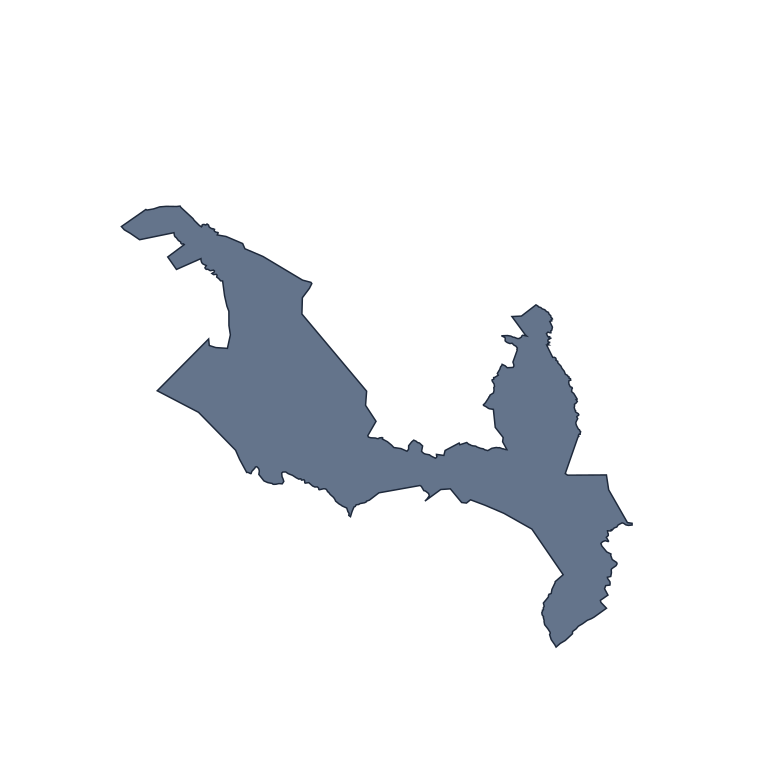 San Juan Bautista Cuicatlán, Oaxaca, Mexico, rotated 121°
{"feature_id": "50627088B27189344444752", "entity_name": "San Juan Bautista Cuicatlán", "entity_type": "district", "adm_level": 2, "iso_a3": "MEX", "parent_name": "Mexico", "parent_adm1": "Oaxaca", "projection": "equal_earth", "projection_center": [-96.99, 17.726], "detail": "fine", "context": "isolated", "style": "filled", "palette": "slate", "viewbox_px": 768, "rotation_deg": 121, "n_neighbors": 0, "source": "geoboundaries", "source_scale": "gbopen_adm2", "svg_char_len": 6126}
<svg xmlns="http://www.w3.org/2000/svg" viewBox="0 0 768 768"><g transform="rotate(121 384 384)"><path d="M495.0,93.2L491.6,92.7L487.4,90.4L481.8,88.0L478.5,85.5L475.7,83.9L461.6,77.8L459.5,85.6L458.0,87.1L449.6,83.3L445.9,89.5L442.6,90.1L440.0,86.8L438.8,87.3L437.2,88.4L435.5,92.2L434.6,93.0L432.2,90.5L428.7,91.8L426.1,93.6L424.9,93.6L420.2,91.5L418.1,91.6L417.2,92.6L416.9,98.0L414.1,101.4L412.8,101.9L413.2,106.6L410.7,113.8L408.9,116.0L406.6,115.4L404.4,113.7L403.6,110.7L403.0,110.6L400.9,114.5L398.4,113.7L396.9,114.6L396.5,115.4L394.7,116.8L393.3,114.1L392.7,113.7L391.9,114.2L391.3,113.5L391.6,113.2L388.7,112.5L386.7,110.8L384.2,110.7L380.4,108.4L380.0,106.7L380.2,104.1L379.3,101.6L377.1,98.7L375.6,99.6L377.4,104.0L359.0,136.9L347.4,146.5L367.6,179.7L367.4,182.5L329.6,190.4L328.6,190.0L328.0,190.9L326.8,191.0L326.1,190.0L325.5,190.5L325.1,190.4L323.5,191.0L323.5,191.6L322.6,192.9L322.6,194.1L320.4,197.7L319.0,199.2L318.2,199.7L316.3,200.0L313.9,200.1L312.9,201.9L312.5,202.0L310.6,201.1L310.1,201.1L309.4,202.1L309.3,205.3L309.0,205.8L308.2,206.0L307.9,207.0L306.1,208.9L304.7,209.3L303.3,210.3L301.7,209.6L299.4,209.3L298.4,211.3L297.8,210.6L297.4,210.7L294.4,216.4L293.9,219.3L291.2,220.5L290.8,220.3L290.3,220.7L290.1,221.3L290.4,222.9L288.9,225.3L287.3,226.6L285.8,227.1L284.6,225.9L283.4,226.9L283.7,228.3L282.6,229.1L282.8,230.0L282.1,231.2L282.2,233.6L280.2,236.1L278.9,239.6L277.5,241.6L276.3,246.0L275.1,246.7L275.1,248.9L274.1,249.2L273.3,250.3L273.4,251.8L274.3,253.1L266.8,264.7L265.6,262.9L265.6,264.2L265.2,264.5L263.3,263.3L262.9,263.5L263.4,264.8L262.7,265.8L261.6,266.1L258.8,264.6L258.7,264.8L259.7,265.4L259.6,266.4L258.2,266.5L259.0,268.0L257.2,270.7L255.1,270.2L254.6,268.0L254.1,267.3L252.5,268.4L251.5,267.9L248.5,268.9L245.0,274.1L243.4,272.7L242.6,273.8L241.5,273.1L241.1,273.7L240.8,275.3L239.6,276.2L239.1,278.5L237.9,280.0L238.2,282.0L237.5,284.5L238.1,287.1L237.7,288.9L238.3,291.4L237.9,292.1L237.9,294.5L255.0,301.2L260.3,309.1L269.0,288.4L269.4,286.5L270.7,290.2L271.5,290.6L273.1,290.4L275.5,291.7L276.4,293.3L276.8,296.3L277.4,297.4L277.6,299.9L278.8,303.0L282.2,308.2L281.9,304.4L282.3,303.7L284.6,302.4L284.9,301.2L285.0,299.7L284.5,296.9L283.1,295.2L283.8,292.4L283.6,290.6L284.5,288.2L285.8,288.0L286.2,287.3L298.8,284.8L300.5,282.8L301.7,281.9L303.3,281.9L306.6,286.8L306.0,289.4L306.3,292.9L307.6,292.6L309.1,292.9L311.9,292.3L316.6,292.3L317.6,290.6L321.3,292.5L322.0,293.3L323.3,292.4L324.9,293.5L325.7,292.8L327.3,289.6L329.2,288.0L330.4,288.1L332.8,286.4L335.3,285.6L338.9,287.4L340.5,287.1L341.0,287.4L342.2,287.2L347.8,287.4L350.7,288.1L351.1,287.6L350.9,284.7L351.1,282.0L350.9,280.8L349.4,277.2L363.9,266.3L368.5,254.3L372.4,252.6L377.0,244.8L377.6,246.1L378.2,248.6L378.5,249.0L379.0,252.1L379.9,253.4L380.6,255.1L383.6,258.5L387.6,260.7L388.5,263.8L388.4,265.5L389.4,268.1L390.1,271.8L390.0,272.8L390.1,273.6L391.2,275.9L391.7,277.7L391.7,279.6L392.1,280.0L391.5,282.9L397.0,287.7L395.9,289.2L409.5,297.4L414.4,295.9L417.3,302.8L418.2,302.2L418.7,301.4L419.9,301.2L421.1,301.7L421.5,306.1L421.3,308.6L422.7,312.3L423.0,314.0L422.8,315.4L422.4,317.1L417.2,319.0L416.3,323.2L416.9,325.2L416.5,326.8L416.8,329.6L419.5,330.5L424.2,331.1L427.3,329.3L429.8,329.7L430.6,336.2L433.4,342.9L432.5,346.0L431.7,351.4L432.0,357.0L430.9,357.3L430.9,358.1L432.7,360.3L433.7,360.7L434.3,361.7L434.7,363.5L436.9,367.6L437.5,370.0L436.6,371.3L435.9,371.3L420.1,371.6L411.8,388.8L399.1,395.2L366.3,490.4L352.1,498.4L340.4,497.2L335.1,497.6L334.5,499.0L336.9,507.3L337.0,553.3L339.7,572.9L336.4,577.5L338.9,595.4L342.1,603.7L339.8,604.0L339.7,604.5L340.4,606.3L340.4,607.9L340.0,608.6L338.7,608.9L339.0,610.8L339.5,611.0L339.6,613.2L339.4,614.8L338.1,616.3L338.0,618.1L339.5,618.7L339.9,620.4L340.6,621.4L341.6,621.8L342.4,621.3L343.3,621.4L343.2,623.9L341.5,630.9L340.6,632.9L337.2,649.2L336.5,650.4L338.6,653.1L343.9,662.2L347.7,667.5L352.7,671.8L357.0,676.8L357.0,678.0L384.3,690.2L385.6,686.0L385.5,679.2L386.2,667.8L362.5,642.0L364.9,639.9L365.5,638.6L365.5,637.6L366.9,634.2L367.0,631.4L367.9,630.7L368.2,629.6L367.2,627.9L367.4,627.0L386.5,634.8L392.7,620.9L370.8,605.5L372.4,604.4L373.9,602.7L374.4,600.9L374.0,597.3L376.5,597.4L377.0,596.8L377.3,595.4L376.4,594.1L376.4,591.3L374.2,588.8L374.4,587.6L375.4,587.2L377.9,588.5L378.0,586.4L376.4,584.3L376.4,583.8L376.8,583.1L378.5,582.5L378.8,579.9L379.7,577.2L378.8,575.4L390.5,566.1L398.2,558.7L401.6,554.4L413.8,547.0L421.0,541.0L434.1,536.6L439.4,546.9L441.0,553.6L435.7,557.5L506.6,574.9L503.8,528.4L517.2,477.1L523.0,468.9L530.5,456.2L530.2,456.0L529.7,454.2L529.6,452.4L529.2,451.8L527.0,452.3L522.7,451.4L521.4,451.5L520.4,450.5L520.9,448.3L521.5,447.3L522.9,446.0L526.0,444.7L528.9,437.0L528.4,432.9L526.8,428.4L527.1,427.7L526.9,427.0L525.6,425.0L523.5,422.8L522.0,419.8L519.1,419.7L517.4,421.6L516.0,423.6L513.1,425.8L511.6,425.4L510.0,423.0L510.2,419.9L509.4,415.4L509.6,411.0L509.4,407.9L508.5,407.2L508.1,406.4L508.7,405.7L508.8,405.0L507.3,403.4L507.6,402.4L509.5,401.0L509.5,400.4L507.3,397.7L508.2,392.7L507.9,390.2L506.6,388.3L506.6,387.6L507.0,386.3L508.0,385.5L507.9,384.9L504.8,381.7L504.1,380.1L504.1,379.1L504.6,377.9L505.4,376.9L505.3,375.9L506.4,373.2L507.2,368.8L508.3,366.5L509.3,365.2L510.0,360.6L509.9,358.9L510.1,357.0L509.5,352.1L512.0,349.2L512.9,347.3L514.8,346.5L515.0,344.4L509.8,345.7L505.5,346.3L504.9,346.4L503.8,345.6L501.8,345.6L500.3,343.6L498.9,343.0L495.7,339.4L494.0,338.4L493.4,338.6L491.1,336.7L479.9,332.3L452.5,300.9L452.5,299.3L454.9,294.9L454.4,293.4L454.9,289.4L456.5,287.6L460.3,287.9L463.3,288.6L445.2,281.0L439.7,273.1L445.6,256.4L443.6,252.0L438.7,250.2L435.9,235.0L433.1,214.6L432.2,182.5L455.2,132.2L465.2,135.5L466.2,135.0L473.5,134.3L477.4,132.8L478.6,133.6L479.0,134.2L480.3,134.2L481.9,133.4L489.7,134.6L492.0,132.2L493.8,132.2L495.3,131.1L496.3,131.7L496.9,131.2L498.6,131.0L500.4,129.6L501.4,127.3L502.1,127.2L504.1,125.0L505.3,124.4L507.6,122.3L509.4,117.5L511.3,113.7L512.0,113.1L513.5,113.0L517.0,109.0L519.5,103.4L520.9,101.0L515.6,99.3L510.4,96.5L501.0,93.8L499.4,94.8L498.2,94.6L495.0,93.2Z" fill="#64748b" stroke="#1e293b" stroke-width="1.5"/></g></svg>